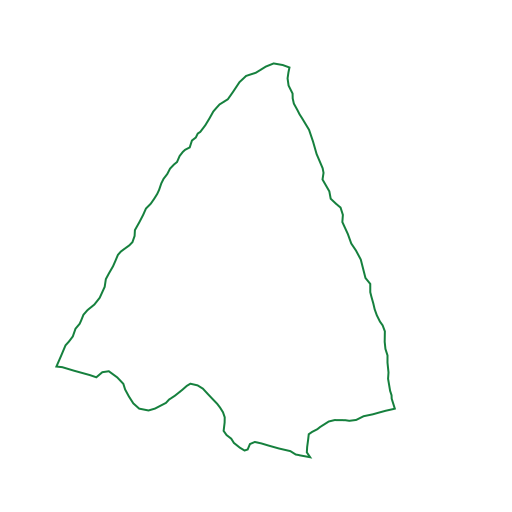 Quba District, Quba, Azerbaijan, rotated 103°
{"feature_id": "54616110B77048085748362", "entity_name": "Quba District", "entity_type": "district", "adm_level": 2, "iso_a3": "AZE", "parent_name": "Azerbaijan", "parent_adm1": "Quba", "projection": "equal_earth", "projection_center": [48.485, 41.2], "detail": "fine", "context": "isolated", "style": "outline", "palette": "green", "viewbox_px": 512, "rotation_deg": 103, "n_neighbors": 0, "source": "geoboundaries", "source_scale": "gbopen_adm2", "svg_char_len": 2209}
<svg xmlns="http://www.w3.org/2000/svg" viewBox="0 0 512 512"><g transform="rotate(103 256 256)"><path d="M373.5,86.4L364.5,91.7L361.2,92.6L357.2,95.0L345.9,99.7L339.7,100.7L330.3,103.9L323.3,105.5L317.4,109.0L310.7,111.3L300.4,113.5L295.1,117.0L292.0,120.5L286.5,125.0L281.2,128.4L275.9,131.0L269.7,134.4L265.6,136.5L257.5,138.4L252.8,144.4L235.9,153.1L228.2,159.8L222.4,166.0L214.0,171.4L203.5,179.5L196.4,180.6L189.8,184.5L187.1,189.8L183.4,196.1L176.5,199.1L166.5,208.4L159.8,208.9L155.5,210.8L143.0,219.9L131.8,226.1L121.1,232.7L111.2,242.3L108.3,245.3L104.7,248.3L99.0,253.4L94.2,255.7L89.5,256.9L82.6,262.6L75.8,265.2L69.7,265.7L64.8,265.8L63.9,272.9L64.4,282.1L69.2,289.0L77.5,297.4L82.7,306.1L90.3,311.2L101.5,315.4L109.6,318.7L116.5,325.6L120.6,327.9L124.8,330.1L132.4,332.3L140.0,334.8L147.6,338.2L149.8,340.3L154.1,341.3L157.9,344.4L165.1,345.0L168.5,349.0L171.0,350.7L175.7,352.9L182.2,354.1L185.3,356.5L190.2,359.4L196.1,360.9L201.5,363.4L206.5,364.6L213.4,365.3L217.7,366.2L223.2,368.1L228.7,370.3L234.5,373.9L241.3,375.2L249.1,377.2L258.0,379.8L263.8,378.8L270.3,379.5L274.1,381.8L279.0,386.1L282.1,388.7L285.6,390.6L286.0,390.8L292.4,391.9L298.2,393.0L305.7,395.3L312.3,397.1L320.1,396.5L327.0,397.9L331.9,398.9L339.7,402.6L345.3,407.0L346.8,408.1L352.0,410.9L358.4,411.9L361.8,412.6L367.4,415.5L375.6,416.4L381.6,419.1L385.9,421.5L397.4,423.5L408.6,425.6L407.9,419.8L408.7,407.6L409.4,391.2L410.1,384.3L403.8,379.6L401.4,373.5L405.5,363.9L410.4,356.5L415.5,353.5L421.4,348.3L427.2,342.4L431.0,335.5L430.7,326.0L427.4,320.1L423.3,315.3L419.4,310.7L415.4,308.4L410.4,303.6L403.1,297.8L398.1,294.2L395.2,291.2L395.2,283.8L397.2,277.9L401.1,272.2L405.8,265.1L408.8,260.5L411.8,256.9L415.7,253.0L420.2,250.2L425.4,249.1L433.7,248.2L437.1,244.4L439.6,239.0L443.1,235.5L446.4,228.6L448.1,223.4L446.4,220.6L440.6,219.6L437.5,215.4L437.4,208.7L437.9,201.0L438.4,190.4L438.4,178.6L440.5,172.6L440.3,169.3L440.4,168.9L439.9,158.0L435.9,162.3L430.5,163.2L423.1,163.9L417.8,164.5L414.8,161.8L411.0,157.3L408.0,154.9L400.9,147.9L398.2,142.5L395.9,132.1L395.6,128.0L393.2,121.5L387.9,115.1L384.0,106.6L380.5,100.2L377.6,94.8L374.2,87.7L373.5,86.4Z" fill="none" stroke="#15803d" stroke-width="2"/></g></svg>